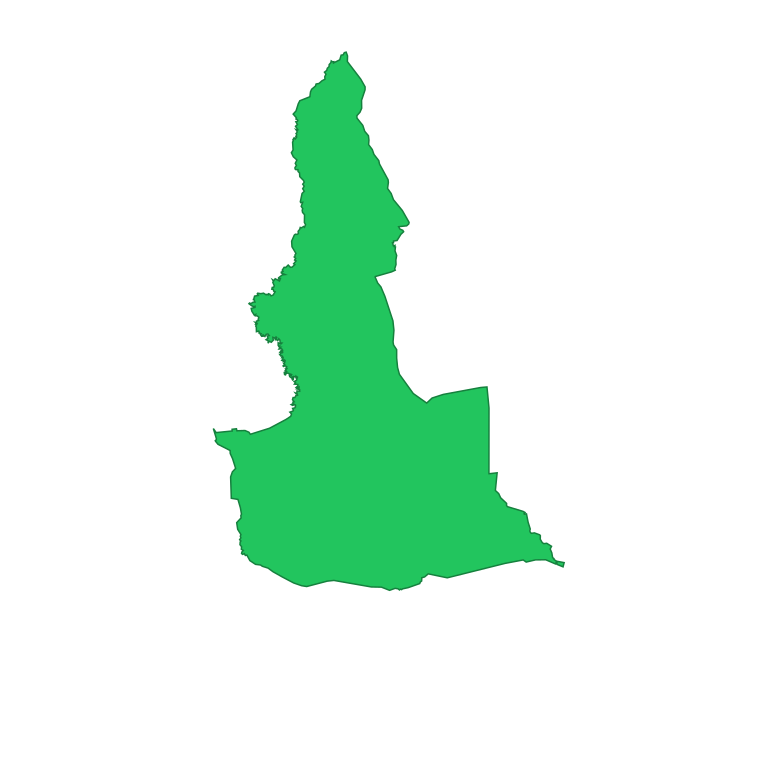 Madrid, Cundinamarca, Colombia, rotated 312°
{"feature_id": "7082276B83937578345103", "entity_name": "Madrid", "entity_type": "district", "adm_level": 2, "iso_a3": "COL", "parent_name": "Colombia", "parent_adm1": "Cundinamarca", "projection": "albers", "projection_center": [-74.258, 4.77], "detail": "fine", "context": "isolated", "style": "filled", "palette": "green", "viewbox_px": 768, "rotation_deg": 312, "n_neighbors": 0, "source": "geoboundaries", "source_scale": "gbopen_adm2", "svg_char_len": 6171}
<svg xmlns="http://www.w3.org/2000/svg" viewBox="0 0 768 768"><g transform="rotate(312 384 384)"><path d="M595.3,134.2L588.9,131.7L589.9,131.0L589.0,130.2L588.8,128.6L587.2,129.5L584.7,129.5L583.1,130.8L580.7,130.6L578.7,131.6L575.9,131.1L575.4,133.6L572.8,134.3L571.0,136.2L567.8,135.0L563.9,134.6L561.5,132.8L559.6,133.7L554.6,133.0L551.9,133.9L547.9,136.7L538.2,131.9L534.8,132.8L528.1,135.9L523.8,135.9L523.2,140.7L522.0,141.3L522.5,142.6L522.1,143.7L521.2,143.9L519.9,143.0L518.9,146.1L516.3,145.8L515.3,150.0L514.7,150.0L514.1,148.4L513.7,150.2L512.6,151.1L511.3,151.0L510.9,152.3L509.0,152.9L509.5,153.3L509.0,153.9L506.6,154.1L506.7,152.5L504.5,152.9L504.1,153.9L502.6,154.2L497.1,159.8L493.9,160.4L492.2,164.5L492.2,169.4L488.6,170.4L487.8,172.7L485.3,173.0L484.3,174.0L484.3,175.1L485.7,176.6L484.4,178.0L484.4,179.9L481.7,182.7L481.4,188.0L480.6,189.7L478.1,189.9L477.6,192.3L474.7,192.9L473.9,195.8L470.8,195.6L463.4,199.9L463.1,200.8L464.6,202.0L460.6,203.6L460.0,206.2L458.3,207.0L457.0,208.7L456.6,211.7L450.8,216.7L449.9,219.1L447.3,220.0L447.3,218.9L444.7,218.1L444.3,217.0L442.5,217.9L440.0,218.0L438.5,219.7L437.1,219.4L436.0,217.9L434.6,217.7L428.3,219.8L424.4,223.8L422.1,231.2L420.3,231.5L419.3,232.5L418.3,232.3L418.3,234.3L416.3,234.6L416.6,236.3L412.9,236.4L413.0,237.9L409.3,237.5L408.1,236.4L408.3,233.2L404.9,233.0L403.9,231.7L400.6,232.2L400.1,233.6L398.4,232.8L397.8,233.4L399.1,237.2L397.1,235.4L392.3,234.6L391.6,235.3L392.9,236.5L390.6,237.4L389.4,232.7L387.2,233.0L386.9,231.5L386.4,233.0L385.1,233.4L383.6,236.7L382.1,237.3L381.0,236.3L379.4,237.2L380.3,238.4L379.2,239.8L379.7,241.3L376.0,242.1L373.9,241.1L374.3,239.0L373.8,237.8L372.7,238.2L372.4,237.0L371.4,236.7L370.9,233.7L368.7,232.0L367.0,229.4L366.2,229.5L365.7,231.3L362.7,229.0L359.6,230.6L358.9,229.9L359.8,231.0L358.5,233.3L357.2,232.0L354.7,231.3L354.2,229.9L353.3,229.9L353.6,233.3L354.3,235.4L355.5,236.2L354.6,236.9L351.3,234.7L349.6,237.2L348.4,241.5L349.9,242.1L348.6,242.8L349.8,244.2L349.9,246.2L347.5,247.5L347.3,248.3L345.5,247.2L344.4,248.2L343.7,247.1L343.7,248.2L342.6,248.5L343.6,249.4L341.2,249.9L340.8,251.1L337.5,254.2L339.5,255.5L339.1,256.7L338.3,256.9L339.1,259.0L338.1,259.0L337.6,261.2L338.7,262.2L338.9,261.2L339.6,261.3L339.6,263.7L342.1,263.2L343.5,264.3L343.2,266.3L341.5,265.1L340.4,267.2L338.0,266.7L338.8,269.8L337.5,269.8L337.3,270.3L339.1,270.4L339.6,272.3L342.5,272.4L344.3,270.2L345.1,271.9L344.4,273.2L346.7,272.3L346.8,273.1L344.9,273.9L345.2,276.0L347.2,275.5L347.0,277.2L345.2,279.3L346.1,280.7L344.8,280.6L343.8,277.8L341.9,279.5L341.6,280.4L342.5,281.1L341.0,281.9L342.0,282.7L339.9,282.7L341.7,284.4L341.3,285.9L339.8,285.2L338.3,285.4L340.4,286.6L339.8,287.5L338.9,287.4L338.4,286.3L337.0,287.0L336.2,286.7L335.8,288.6L336.6,289.0L336.6,290.0L335.1,290.4L336.1,291.3L334.7,292.2L333.2,292.2L333.5,293.0L334.8,293.6L333.5,294.2L335.0,294.9L333.4,295.9L332.2,295.7L332.1,297.1L329.9,296.9L329.8,297.6L331.4,298.3L331.7,300.2L330.7,300.4L330.5,301.5L329.3,300.7L329.0,301.9L327.4,301.7L328.0,303.3L326.5,303.3L325.6,302.4L324.5,303.8L324.9,304.7L326.3,304.2L327.6,305.0L329.2,309.0L328.2,309.2L328.0,307.9L327.3,307.6L326.4,309.0L326.6,311.2L327.3,311.8L328.0,311.1L328.1,311.7L326.2,312.4L325.8,313.4L326.4,313.7L329.2,311.9L330.2,313.8L329.7,314.7L330.5,314.7L331.0,313.8L331.2,315.1L328.2,316.5L325.7,315.6L325.7,317.4L324.0,317.5L326.0,320.3L324.9,321.3L322.6,321.0L323.0,322.1L324.9,322.9L324.2,323.5L322.1,322.6L323.4,325.0L322.2,326.2L320.6,324.0L319.2,325.1L318.4,325.1L318.0,324.1L317.8,325.1L318.5,326.2L317.8,327.3L316.4,326.3L314.3,326.8L313.1,325.5L311.1,326.5L310.7,329.2L309.5,328.5L308.6,329.6L306.6,328.8L307.0,330.5L309.0,331.2L309.1,332.5L308.2,332.7L307.8,333.6L306.6,333.7L304.7,332.4L304.0,334.1L302.8,334.4L300.1,332.9L299.9,335.3L297.6,336.3L292.1,334.9L274.5,328.5L257.2,318.3L257.8,315.9L256.4,311.8L250.8,306.0L252.0,304.3L248.7,301.4L247.5,302.6L235.6,291.8L236.7,287.0L231.3,295.9L230.3,296.7L229.0,296.5L228.7,297.1L228.1,301.0L231.6,314.1L229.4,316.3L227.2,321.4L222.0,330.2L217.3,330.1L212.3,332.2L196.9,347.0L200.5,352.7L195.9,360.1L191.9,365.2L190.5,365.6L188.8,367.4L182.4,367.3L178.1,372.5L176.4,378.4L174.7,379.1L173.9,380.6L171.7,380.9L171.6,382.7L170.4,382.8L168.2,384.5L167.8,387.0L165.7,388.6L166.2,390.8L164.1,390.8L162.7,391.6L162.8,393.0L164.5,393.7L163.8,395.7L165.1,396.6L163.0,402.5L164.0,409.2L166.9,413.4L167.1,415.5L169.6,421.0L170.2,427.1L172.5,437.4L175.7,450.0L179.0,457.8L181.8,462.1L199.6,473.8L204.5,478.2L224.7,510.4L231.3,518.0L234.4,526.2L239.6,529.0L241.2,531.5L241.3,533.3L242.5,533.4L243.0,534.7L244.1,534.8L248.8,538.2L259.6,544.1L261.1,543.5L262.8,543.8L265.3,541.7L267.8,543.3L272.5,543.9L282.3,560.7L331.7,594.0L346.4,605.2L346.8,608.8L354.7,614.3L361.6,621.8L365.0,631.8L367.2,631.1L367.4,631.6L365.7,633.2L367.9,639.4L371.8,637.4L367.8,630.8L367.3,627.7L368.0,627.1L367.8,625.5L370.8,621.7L372.6,617.9L375.5,617.1L374.5,611.5L372.3,609.6L372.0,607.8L373.2,604.0L375.9,601.7L376.1,600.6L374.0,595.4L371.6,593.4L371.7,592.0L372.3,590.7L374.1,589.7L377.7,583.6L382.8,576.8L381.2,575.4L381.5,574.8L382.9,574.8L382.4,572.6L375.4,557.7L375.8,556.3L377.3,555.0L377.5,546.8L379.3,542.6L379.4,538.0L393.7,527.5L387.6,522.1L388.0,521.6L436.4,478.1L450.7,462.5L446.1,458.2L415.9,435.0L405.7,429.1L398.4,428.5L396.5,412.1L401.5,389.0L405.3,383.1L411.7,376.1L418.0,370.4L419.4,365.0L421.3,362.6L430.6,355.4L436.9,348.4L449.7,326.1L454.1,316.7L454.8,311.8L457.5,305.9L458.0,305.6L472.4,314.6L476.1,316.2L476.7,314.9L480.8,313.0L484.0,309.9L488.0,307.4L490.3,303.1L493.5,300.8L493.0,299.9L494.3,299.4L493.0,298.5L494.6,295.8L495.4,296.5L496.6,295.4L499.4,297.7L506.5,296.4L510.3,296.7L510.8,295.1L509.8,292.0L510.7,289.6L516.7,295.0L519.5,295.3L520.9,294.5L525.2,281.5L527.3,267.7L530.4,261.8L531.7,255.8L536.7,252.4L538.5,250.4L544.5,233.4L546.5,230.7L547.9,222.9L550.4,218.4L551.6,212.4L555.2,209.6L558.1,206.3L558.9,200.6L562.0,195.2L563.5,186.1L565.2,184.3L569.9,184.3L574.0,182.9L579.8,177.5L589.9,173.1L592.2,171.1L595.0,162.7L599.1,141.0L603.4,137.4L605.3,133.8L603.7,132.8L601.3,133.4L599.7,132.1L595.3,134.2Z" fill="#22c55e" stroke="#15803d" stroke-width="1.5"/></g></svg>